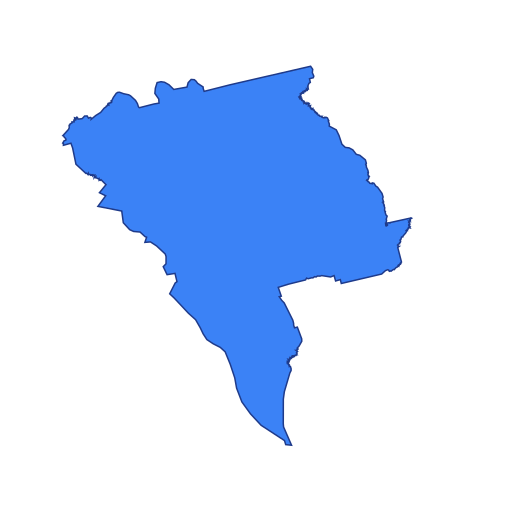 the district of Agusan del Sur, Agusan del Sur, Philippines, rotated 166°
{"feature_id": "2640588B20221108717018", "entity_name": "Agusan del Sur", "entity_type": "district", "adm_level": 2, "iso_a3": "PHL", "parent_name": "Philippines", "parent_adm1": "Agusan del Sur", "projection": "albers", "projection_center": [125.526, 8.58], "detail": "fine", "context": "isolated", "style": "filled", "palette": "blue", "viewbox_px": 512, "rotation_deg": 166, "n_neighbors": 0, "source": "geoboundaries", "source_scale": "gbopen_adm2", "svg_char_len": 6132}
<svg xmlns="http://www.w3.org/2000/svg" viewBox="0 0 512 512"><g transform="rotate(166 256 256)"><path d="M116.3,214.9L116.4,230.0L114.8,230.7L115.8,231.0L115.6,231.9L116.0,232.4L115.1,233.0L113.6,233.2L113.5,234.2L112.6,234.4L112.1,235.3L112.4,236.4L112.1,236.9L111.5,236.9L110.2,239.2L108.9,239.0L108.4,239.9L105.1,242.2L103.8,243.7L104.0,244.2L103.0,244.0L103.0,245.0L102.3,245.0L102.3,245.5L101.7,245.7L101.3,246.6L99.8,246.0L100.0,246.5L99.4,247.0L100.3,247.5L99.6,248.6L100.2,248.4L100.4,248.7L100.2,249.3L99.2,249.0L99.8,249.5L99.1,250.3L99.1,250.9L99.7,251.5L99.0,252.2L99.2,252.6L98.5,252.3L98.8,252.9L98.3,253.5L97.7,253.2L97.8,254.7L97.3,254.3L96.8,255.0L96.6,254.4L96.6,254.7L95.8,255.0L96.2,255.4L117.8,256.0L118.1,255.6L119.0,256.1L120.9,256.3L121.4,255.4L121.0,254.7L121.7,254.5L121.3,253.9L122.2,253.6L122.7,253.9L122.4,256.4L122.0,256.3L120.6,259.2L120.8,260.1L119.1,263.0L120.0,264.5L120.1,267.6L119.7,268.0L120.1,268.4L120.2,269.3L119.4,271.7L119.6,273.8L119.3,274.1L119.7,275.0L119.4,274.7L119.3,275.0L119.8,276.3L119.2,277.4L119.9,277.7L119.2,278.2L119.3,281.0L118.4,282.5L118.6,286.3L121.4,293.4L122.8,294.8L124.0,298.1L124.9,298.5L125.6,298.1L125.7,298.7L126.6,298.4L128.0,299.0L128.6,300.6L129.3,301.0L129.9,302.1L129.6,302.4L130.2,302.8L129.8,303.1L129.1,302.7L127.5,304.8L127.5,305.8L126.9,305.9L127.8,307.7L127.2,308.7L127.3,309.7L126.8,309.8L126.7,312.1L127.4,315.6L127.1,316.9L127.4,317.9L127.4,318.5L126.8,318.6L126.5,319.2L126.6,322.8L130.9,328.6L134.1,330.4L136.4,335.6L139.5,338.4L143.1,339.8L145.6,343.7L146.3,352.8L147.6,359.0L153.5,364.3L152.9,366.2L153.2,369.5L152.7,369.7L153.3,372.7L154.4,373.6L155.4,373.5L155.6,374.0L156.6,373.6L158.4,374.6L158.8,375.4L158.4,375.6L160.3,376.2L160.5,377.2L161.5,377.4L162.0,379.5L162.7,379.3L163.0,379.9L162.6,380.2L163.1,380.9L163.8,381.0L164.0,381.5L163.6,381.8L164.3,382.7L164.4,383.7L165.1,383.8L165.4,384.3L165.1,385.3L166.4,385.0L166.3,385.7L167.0,385.7L166.9,386.3L167.3,386.6L167.1,387.1L167.5,387.5L166.8,388.7L167.7,388.6L168.0,389.2L168.8,389.0L168.4,390.3L167.4,390.8L167.9,391.7L169.0,391.2L169.4,392.3L169.7,391.9L170.4,392.1L170.6,391.4L171.8,392.6L171.3,392.8L171.4,393.1L172.4,392.7L172.1,393.5L172.6,393.9L172.0,394.4L172.3,394.7L173.0,394.2L172.4,395.0L173.5,395.6L173.4,397.0L173.8,397.2L174.2,396.7L174.4,397.4L174.0,397.9L175.1,398.0L174.4,398.9L175.0,399.5L175.7,399.2L175.9,399.9L175.0,399.9L174.9,400.4L173.8,399.9L174.0,401.0L173.3,401.8L173.7,401.8L173.8,402.6L172.8,402.7L172.7,403.1L172.1,403.4L171.5,402.8L171.2,403.2L170.7,402.8L170.7,403.5L170.3,403.0L169.6,404.3L169.0,403.7L168.7,404.5L168.1,404.1L167.9,404.5L167.5,404.3L167.1,405.1L166.7,404.8L166.5,405.8L165.9,404.7L165.5,405.3L164.8,405.3L164.9,407.1L164.5,407.4L164.8,408.1L162.9,410.7L161.3,411.3L161.2,415.1L157.3,415.1L156.4,416.5L157.0,420.3L155.8,423.4L157.1,426.9L239.7,428.4L266.5,428.3L266.7,431.5L266.4,432.8L270.9,437.7L271.9,440.2L273.2,442.0L276.2,443.0L279.9,440.6L282.1,436.6L295.5,437.5L299.0,443.2L302.7,446.7L306.0,448.1L310.0,448.2L313.1,443.1L314.8,438.2L312.4,431.9L313.1,427.8L318.3,428.2L333.2,428.1L333.7,428.5L334.0,429.5L334.2,432.6L335.3,436.2L339.0,441.8L340.5,443.2L345.2,445.5L348.8,447.9L350.5,448.2L352.2,447.7L356.0,444.4L358.2,441.8L359.0,441.6L358.6,440.5L359.1,439.9L360.2,439.8L360.4,440.2L361.3,439.5L361.8,439.8L362.2,439.0L362.7,439.6L363.2,439.1L362.8,438.2L363.4,438.5L363.9,437.8L364.9,437.7L365.1,437.2L367.7,436.1L372.0,432.9L377.5,431.1L382.7,428.6L382.5,429.0L382.7,430.2L383.3,430.6L385.2,430.3L385.9,432.7L388.4,433.3L391.3,431.4L392.2,431.4L395.6,431.9L395.7,433.3L396.2,434.1L397.6,433.3L398.6,434.0L398.7,433.2L397.4,432.5L398.0,431.6L399.9,431.9L400.0,430.2L402.2,430.6L402.3,429.7L404.6,429.0L405.2,428.0L405.7,428.0L406.2,425.6L407.3,424.2L414.3,419.5L413.6,419.0L413.2,417.4L412.3,416.2L412.2,414.9L412.5,414.4L414.4,414.2L416.2,412.3L415.6,411.9L416.1,410.0L408.3,410.2L407.8,405.3L408.5,388.6L401.1,377.3L400.2,377.3L399.3,375.6L398.7,376.5L398.7,375.8L397.0,375.1L397.3,374.9L397.0,374.3L395.6,374.1L395.3,373.5L395.1,374.4L394.5,374.4L393.6,372.8L393.6,373.4L392.9,373.5L393.9,371.3L393.2,371.8L392.2,371.9L393.2,370.4L392.5,370.8L390.1,368.9L389.6,369.1L389.9,367.4L389.0,367.7L388.6,367.1L387.9,367.5L384.3,361.5L392.6,355.3L387.3,350.8L397.4,342.4L375.4,332.1L376.7,320.4L372.2,312.1L368.8,309.4L362.7,307.3L359.0,301.7L357.6,300.7L360.5,296.1L355.0,295.2L350.0,289.8L343.6,279.9L343.4,277.2L345.2,270.2L348.6,268.1L346.8,259.4L338.8,258.7L338.9,250.2L340.9,249.4L348.9,240.2L345.6,235.1L335.4,216.8L330.0,208.8L327.5,200.0L326.1,193.2L323.9,186.8L318.8,181.2L312.8,176.0L309.1,170.5L307.2,157.3L306.1,142.9L306.8,132.5L305.0,117.8L299.5,104.1L292.0,90.5L273.0,70.0L272.8,65.8L267.3,63.8L270.6,83.4L270.1,86.7L264.1,110.5L261.3,117.5L251.4,134.4L249.7,136.3L249.2,138.1L249.3,140.4L249.6,140.8L250.4,140.7L250.0,142.2L250.5,142.3L250.4,143.1L251.2,143.7L250.6,143.8L250.7,144.3L250.1,144.8L251.4,145.3L251.2,146.0L250.7,145.5L250.3,146.2L250.0,145.6L249.7,146.4L249.4,146.1L249.6,145.8L249.3,145.8L248.5,146.8L249.6,146.8L249.8,147.7L249.2,147.2L248.5,148.2L248.9,147.5L247.7,147.9L248.2,148.4L247.9,148.7L247.5,148.2L246.9,148.1L247.3,149.2L246.1,148.8L245.6,149.7L245.2,149.2L245.0,149.9L244.5,149.7L244.5,150.3L243.9,150.2L243.7,149.0L242.9,149.4L242.6,150.1L241.2,149.8L240.9,150.4L240.2,150.3L240.6,151.0L239.7,151.7L240.0,152.6L238.8,153.3L239.8,154.5L239.2,154.3L239.4,155.0L237.9,155.3L237.8,155.7L238.4,155.8L238.3,156.7L236.1,158.1L232.2,162.2L231.7,164.6L233.1,177.0L236.0,177.0L236.2,179.7L235.8,181.6L235.8,184.8L240.0,203.7L241.8,206.8L243.3,210.9L241.2,210.9L242.0,220.2L231.6,220.8L213.7,220.8L212.3,222.3L210.9,221.3L207.4,221.4L206.0,221.0L204.1,221.8L202.8,221.1L201.3,221.7L198.7,221.0L197.0,221.1L188.7,217.6L185.0,218.1L184.8,212.5L179.9,212.7L179.9,208.7L138.4,208.1L133.9,210.5L131.4,210.8L130.6,210.1L130.6,209.4L130.1,208.8L129.2,209.0L128.6,208.6L126.5,209.5L125.3,209.7L125.1,209.4L122.9,210.9L121.3,211.2L120.5,212.3L120.0,211.7L119.7,212.7L119.2,212.4L117.9,213.9L117.6,213.3L117.2,213.7L117.5,214.2L116.3,214.9Z" fill="#3b82f6" stroke="#1e3a8a" stroke-width="1.5"/></g></svg>